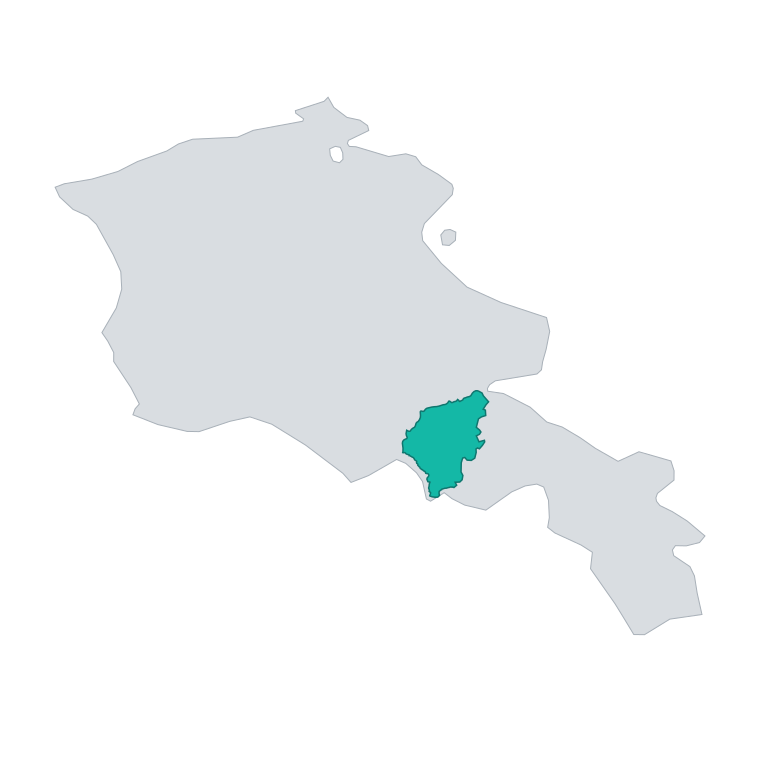 Yeghegnadzor, Vayots Dzor, Armenia shown in context, rotated 350°
{"feature_id": "60910142B56159953902843", "entity_name": "Yeghegnadzor", "entity_type": "district", "adm_level": 2, "iso_a3": "ARM", "parent_name": "Armenia", "parent_adm1": "Vayots Dzor", "projection": "orthographic", "projection_center": [45.236, 39.785], "detail": "fine", "context": "in_parent", "style": "filled", "palette": "teal", "viewbox_px": 768, "rotation_deg": 350, "n_neighbors": 0, "source": "geoboundaries", "source_scale": "gbopen_adm2", "svg_char_len": 5258}
<svg xmlns="http://www.w3.org/2000/svg" viewBox="0 0 768 768"><g transform="rotate(350 384 384)"><path d="M334.4,475.2L328.0,464.8L296.1,430.5L266.5,404.1L246.2,393.1L225.6,394.0L193.6,398.8L181.9,396.5L154.3,384.7L131.4,370.7L134.6,365.2L139.6,361.2L134.1,343.5L121.7,314.9L123.3,306.1L119.4,293.8L115.1,284.4L133.6,262.6L142.2,245.0L144.3,227.7L139.8,209.6L128.5,176.8L121.4,167.2L108.1,158.1L97.0,143.4L94.3,133.1L103.9,131.3L131.8,131.5L158.8,128.5L180.0,122.1L210.6,116.8L223.3,111.9L238.0,109.7L282.6,115.5L299.3,111.5L349.6,111.1L350.9,108.9L344.1,102.0L344.2,99.4L374.1,95.2L378.7,91.9L382.6,102.9L393.8,115.0L406.1,120.0L412.7,126.7L413.0,131.7L391.2,137.9L389.7,140.9L391.1,144.0L397.6,145.5L428.1,160.8L445.5,161.1L454.7,165.7L459.3,174.8L473.9,187.1L485.5,199.1L486.2,203.3L484.1,209.4L451.6,233.0L447.5,241.1L447.0,249.6L461.4,275.2L482.6,303.0L513.3,324.0L555.6,346.8L556.3,361.0L549.7,378.0L544.1,389.6L541.5,397.4L536.4,400.7L494.2,400.2L487.9,403.0L485.1,406.3L484.9,409.1L500.1,414.2L523.9,432.2L537.7,449.7L552.0,457.3L568.0,471.1L581.0,484.1L601.1,500.8L623.3,495.0L653.2,509.6L654.6,519.8L652.9,529.0L634.3,539.2L632.0,543.3L632.0,546.8L634.6,551.6L645.7,559.7L658.8,571.6L673.7,589.4L667.2,594.9L653.6,595.9L642.9,593.8L639.2,597.5L639.5,603.4L653.6,617.0L656.4,626.9L656.1,644.3L657.1,666.2L624.6,665.2L597.0,676.1L586.5,674.1L579.3,655.5L573.3,640.4L555.3,601.8L560.0,585.9L550.1,576.8L526.4,560.4L520.3,553.6L523.6,544.3L525.8,527.1L523.4,513.2L517.1,509.1L505.3,508.9L491.1,512.4L462.4,525.9L442.5,517.3L431.0,508.7L424.4,501.5L409.5,507.5L405.8,504.6L405.0,486.7L400.6,477.1L391.6,465.9L383.3,460.5L352.8,471.5L334.4,475.2ZM382.6,155.6L383.5,149.2L382.1,143.4L377.3,141.5L371.3,143.0L370.8,149.5L372.6,155.6L378.6,158.4L382.6,155.6ZM479.3,254.9L472.3,258.9L465.8,257.1L465.8,247.1L470.5,243.1L475.9,243.3L481.1,246.9L479.3,254.9Z" fill="#d9dde1" stroke="#a8b0b8" stroke-width="1"/><path d="M398.3,433.5L397.1,436.8L397.1,438.6L397.6,440.7L396.9,441.7L394.1,442.4L392.5,443.7L391.8,445.5L391.6,450.4L390.9,453.9L390.5,454.8L390.8,455.0L391.0,455.0L391.6,455.1L392.2,455.1L392.7,455.2L393.0,455.6L393.3,456.0L393.5,456.4L393.7,456.7L394.0,456.9L394.5,457.2L395.5,457.7L396.2,458.0L396.5,458.2L396.3,458.7L396.3,458.9L396.6,458.9L396.9,459.0L397.1,459.2L397.4,459.5L397.9,459.9L398.2,460.1L398.6,460.5L399.1,460.9L399.6,461.2L399.9,461.4L400.2,461.7L400.3,462.0L400.6,462.5L400.8,462.7L400.8,463.3L400.9,463.8L401.1,464.1L401.6,464.6L402.1,465.0L402.6,465.5L402.8,465.8L402.7,466.1L402.4,466.6L402.5,467.0L402.4,467.5L402.5,467.9L402.7,468.1L403.0,468.2L403.2,468.5L403.3,468.9L403.4,469.3L403.2,470.0L403.3,470.2L403.6,470.5L403.9,471.0L404.2,471.6L404.6,471.8L404.8,472.2L404.9,472.9L405.0,473.3L405.3,473.7L405.6,473.9L405.9,474.2L406.0,474.5L406.4,474.9L406.5,474.9L406.9,475.0L407.1,475.3L407.4,475.7L407.8,476.3L408.3,476.7L408.9,477.0L409.2,477.6L409.5,478.0L409.5,478.3L409.5,478.7L409.6,479.2L410.1,479.5L410.6,479.6L411.0,479.7L411.4,479.8L411.9,480.1L412.1,480.8L412.4,481.5L412.1,482.2L411.6,482.9L410.5,483.7L410.1,484.2L409.8,485.0L409.7,485.3L409.9,485.8L409.9,486.3L410.1,487.1L410.2,487.7L410.4,488.0L411.1,488.1L411.7,488.3L412.2,488.5L412.2,488.8L411.7,489.5L411.4,490.1L411.0,491.1L410.8,491.8L410.8,492.4L410.5,492.8L410.1,493.6L409.9,494.1L409.9,494.8L410.1,495.2L410.1,495.3L410.1,495.5L410.1,495.9L410.1,496.6L410.2,497.2L410.0,497.4L409.8,497.7L410.0,497.9L410.5,498.4L411.0,499.0L410.9,499.6L410.4,500.6L409.7,501.8L409.6,502.1L410.2,502.6L410.9,502.9L411.7,503.4L412.5,503.7L413.3,503.9L414.3,504.3L414.6,504.3L415.0,504.5L415.4,504.5L416.0,504.6L416.5,504.6L417.2,504.7L417.6,504.6L418.0,504.2L418.6,503.8L419.2,503.5L419.4,503.2L419.4,502.7L419.3,502.3L419.1,501.8L419.3,501.3L419.4,500.6L419.5,499.9L419.7,499.4L420.1,499.2L420.4,499.0L420.7,498.8L421.1,498.5L421.6,498.3L422.1,498.2L422.5,498.1L422.6,497.8L422.7,497.6L423.1,497.5L423.6,497.5L424.6,497.4L425.3,497.3L425.8,497.2L426.4,497.3L427.2,497.4L427.8,497.4L428.2,497.3L429.1,497.2L429.9,497.2L430.5,497.2L431.3,497.0L432.2,497.1L432.6,497.3L432.9,497.3L433.4,497.5L433.8,497.4L434.9,498.1L438.0,496.3L437.0,493.1L441.6,493.7L444.3,491.9L445.8,487.8L444.6,484.0L446.4,475.0L448.6,470.6L450.8,470.4L452.6,473.4L456.7,474.4L460.5,472.8L462.9,467.4L463.3,464.0L464.9,463.2L466.7,464.4L470.3,461.5L473.1,458.5L473.1,456.9L467.5,457.4L465.9,451.1L469.3,450.1L471.1,448.1L470.1,445.9L467.4,442.7L471.0,434.7L474.3,433.3L478.7,432.7L479.3,427.3L477.3,426.1L480.9,422.1L483.9,419.7L479.8,412.9L479.0,409.9L476.0,407.5L474.6,406.8L473.2,406.6L471.3,407.1L469.4,408.4L467.4,410.7L465.8,411.2L463.7,411.3L461.9,411.7L460.5,411.8L459.7,412.2L458.9,413.3L457.9,413.7L456.6,414.0L455.7,414.4L455.2,414.2L454.8,413.1L454.7,413.0L453.8,412.0L452.8,413.0L451.8,413.5L449.9,413.6L448.4,414.1L447.3,414.0L445.9,412.5L445.1,412.1L444.6,412.3L443.7,413.5L442.0,414.5L440.6,414.8L438.6,414.7L434.6,415.3L432.0,415.4L429.4,415.1L429.1,415.1L427.2,415.0L422.1,415.3L420.5,416.0L418.8,417.6L417.7,417.8L416.0,417.1L415.4,417.1L414.9,417.7L414.5,421.3L414.0,423.3L412.7,425.3L411.1,426.9L409.9,427.3L408.8,428.2L407.5,430.8L406.6,431.9L404.8,432.5L403.0,433.5L401.7,434.9L400.9,435.0L399.9,434.7L398.3,433.5Z" fill="#14b8a6" stroke="#0f766e" stroke-width="1.5"/></g></svg>